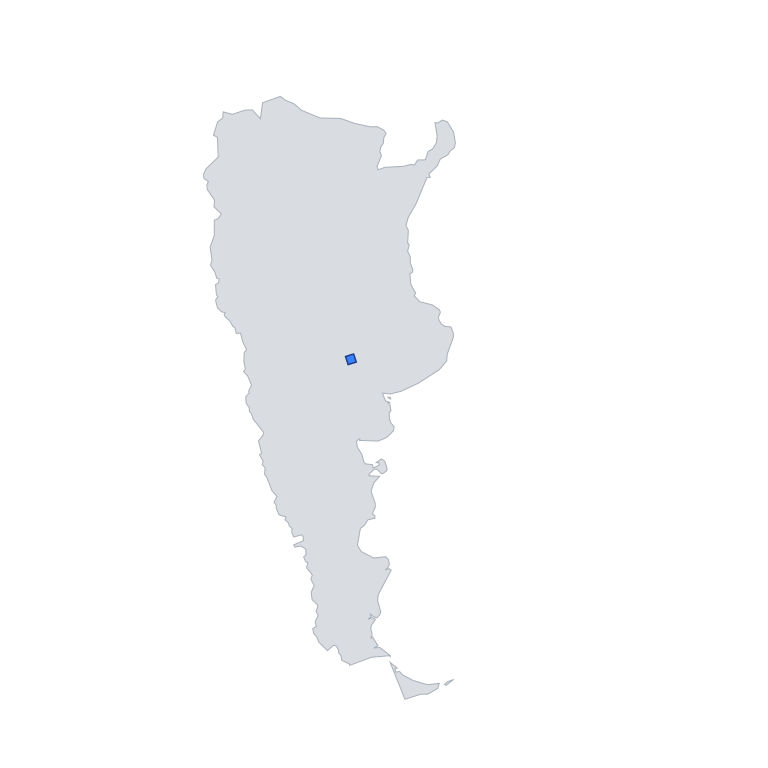 Catriló, La Pampa, Argentina (highlighted), rotated 342°
{"feature_id": "61730980B1153371895886", "entity_name": "Catriló", "entity_type": "district", "adm_level": 2, "iso_a3": "ARG", "parent_name": "Argentina", "parent_adm1": "La Pampa", "projection": "orthographic", "projection_center": [-63.562, -36.582], "detail": "fine", "context": "in_parent", "style": "filled", "palette": "blue", "viewbox_px": 768, "rotation_deg": 342, "n_neighbors": 0, "source": "geoboundaries", "source_scale": "gbopen_adm2", "svg_char_len": 4074}
<svg xmlns="http://www.w3.org/2000/svg" viewBox="0 0 768 768"><g transform="rotate(342 384 384)"><path d="M458.5,233.0L453.8,240.3L454.6,245.4L450.1,257.1L451.0,259.5L447.5,265.0L448.3,271.2L446.4,277.0L446.8,284.5L445.5,286.6L442.7,287.1L440.3,297.4L442.2,307.5L440.0,309.3L443.4,316.8L454.4,323.7L459.7,330.6L459.7,333.3L456.5,337.1L456.0,340.5L457.3,345.2L460.0,348.2L465.3,350.4L465.6,356.9L464.4,361.0L453.4,375.1L450.8,381.4L441.0,387.5L416.5,393.9L397.6,396.2L386.8,395.4L379.7,392.2L380.2,400.6L383.7,403.1L381.8,403.2L383.3,404.7L382.4,411.5L380.1,412.8L378.4,418.5L378.5,423.4L380.5,427.5L378.3,431.5L370.3,435.6L360.9,436.5L343.3,430.1L344.0,429.0L343.0,428.6L340.2,430.0L339.1,435.6L341.2,444.3L340.7,451.8L341.8,454.3L348.1,457.1L347.7,460.1L349.8,460.4L354.2,459.7L354.7,457.3L352.4,456.4L358.4,454.4L360.8,457.6L360.9,465.3L359.9,467.3L355.2,468.8L353.8,468.4L351.1,463.0L348.8,461.9L342.2,464.9L341.4,466.6L351.3,470.5L344.1,474.6L338.6,481.9L338.7,495.1L337.5,498.8L333.8,502.4L333.1,504.9L334.5,506.3L334.0,508.8L326.7,508.2L321.6,512.4L316.9,514.0L308.9,529.1L310.5,536.3L320.4,546.3L332.3,548.8L333.9,552.3L333.6,556.4L332.2,558.9L328.0,561.3L331.7,561.2L333.3,563.3L313.4,582.6L311.0,588.1L310.5,599.4L309.0,601.8L305.0,604.2L302.1,602.0L299.6,598.0L299.9,601.3L296.2,602.8L300.8,602.6L303.1,605.2L297.2,609.7L295.7,613.4L295.3,618.6L293.1,621.7L294.9,621.0L297.4,631.0L292.7,631.9L298.6,633.3L306.1,644.3L305.6,645.3L305.3,644.1L287.6,640.0L264.4,641.0L264.4,639.4L258.4,633.8L259.1,629.3L257.8,625.7L258.5,622.2L257.3,618.1L255.1,617.0L247.8,620.1L242.2,609.3L241.8,603.3L240.0,599.6L240.7,594.5L244.6,593.9L245.2,588.5L249.8,584.0L249.2,578.9L252.0,575.8L252.5,573.3L249.0,567.0L250.3,559.8L255.3,553.9L254.1,547.1L256.8,543.5L253.6,534.7L256.3,530.6L254.6,528.6L254.1,523.7L257.1,522.2L258.6,516.8L254.9,512.4L248.9,511.6L248.4,509.1L259.0,508.1L260.0,504.2L259.1,502.0L250.9,501.6L250.4,496.5L251.9,493.0L250.0,489.9L250.3,486.8L247.8,482.5L249.7,480.2L243.8,476.1L243.1,468.4L244.1,466.3L242.9,462.3L247.5,458.0L244.5,450.8L243.7,436.6L242.5,432.9L245.1,426.8L243.2,423.1L245.2,420.0L243.7,412.8L246.2,412.0L247.1,399.3L253.4,395.1L254.5,392.5L248.7,377.0L248.7,371.0L247.5,368.4L248.5,364.8L247.0,359.8L248.5,353.6L253.0,350.8L253.2,348.7L257.7,344.2L256.8,334.1L254.3,329.0L256.7,327.0L257.7,319.1L260.9,310.7L263.9,309.1L262.7,299.9L263.3,291.4L259.1,290.1L259.7,284.1L258.1,282.7L256.9,276.5L253.8,271.2L253.4,268.7L254.9,267.0L251.7,265.0L249.2,260.1L249.4,255.3L249.8,252.1L253.0,249.5L252.2,247.3L254.5,237.4L257.9,236.7L259.6,233.1L257.6,231.5L257.8,225.7L255.7,217.4L258.7,213.1L260.9,200.1L268.4,190.5L273.2,175.8L277.5,175.4L281.9,172.0L277.0,162.9L279.7,156.9L276.1,144.7L276.9,140.1L279.5,137.3L276.3,132.7L277.1,128.9L281.3,124.3L296.4,117.0L301.9,97.8L298.6,94.7L306.8,83.3L312.8,81.2L315.2,75.5L323.1,80.7L336.7,80.6L343.5,82.7L348.4,93.6L355.4,79.0L374.3,78.4L378.0,83.8L385.1,89.8L390.0,98.1L405.3,111.2L424.8,118.0L436.6,127.1L450.4,135.2L457.2,137.2L462.3,142.7L463.4,146.6L460.1,149.4L457.6,155.0L453.7,158.0L452.0,161.6L452.0,166.2L444.5,175.1L444.6,178.5L451.9,178.2L469.3,182.9L477.8,183.5L480.4,185.3L485.2,181.3L492.6,183.6L497.8,176.5L502.8,175.5L508.3,170.8L511.2,164.6L513.2,151.2L516.0,152.4L521.0,151.0L525.2,154.1L528.0,165.9L526.4,176.8L524.0,181.0L518.6,183.0L515.5,185.8L507.1,187.4L502.1,192.9L491.4,198.3L491.9,201.6L488.5,201.1L470.0,222.7L458.5,233.0ZM306.5,690.3L303.8,650.7L308.8,658.3L306.6,657.9L306.2,661.6L310.0,662.3L312.0,666.8L320.4,675.2L332.5,683.5L344.1,685.8L341.0,690.1L329.9,692.5L323.1,690.4L306.5,690.3ZM348.7,688.4L352.2,686.8L358.9,686.5L350.0,689.8L348.7,688.4ZM385.9,398.6L385.7,400.3L383.2,397.6L385.9,398.6Z" fill="#d9dde1" stroke="#a8b0b8" stroke-width="1"/><path d="M364.4,354.6L364.4,352.1L364.4,350.3L364.4,350.2L364.4,349.2L364.4,346.7L364.4,346.2L362.5,346.0L361.9,346.0L361.0,346.0L359.3,346.0L358.9,346.0L358.4,346.0L356.0,346.0L355.9,346.0L355.9,346.3L355.9,354.5L356.0,354.5L361.0,354.5L364.3,354.6L364.4,354.6Z" fill="#3b82f6" stroke="#1e3a8a" stroke-width="1.5"/></g></svg>